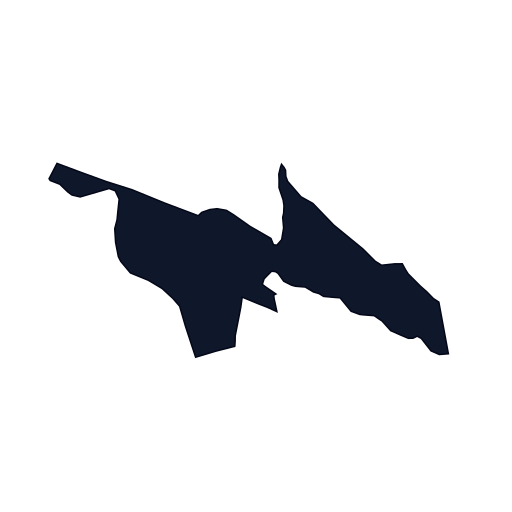 outline of Palmiste, Soufrière, Saint Lucia, rotated 52°
{"feature_id": "8701671B68903094038939", "entity_name": "Palmiste", "entity_type": "district", "adm_level": 2, "iso_a3": "LCA", "parent_name": "Saint Lucia", "parent_adm1": "Soufrière", "projection": "mercator", "projection_center": [-61.056, 13.859], "detail": "fine", "context": "isolated", "style": "filled", "palette": "ink", "viewbox_px": 512, "rotation_deg": 52, "n_neighbors": 0, "source": "geoboundaries", "source_scale": "gbopen_adm2", "svg_char_len": 1662}
<svg xmlns="http://www.w3.org/2000/svg" viewBox="0 0 512 512"><g transform="rotate(52 256 256)"><path d="M67.7,371.5L69.8,371.7L78.7,366.4L89.5,364.9L94.6,363.5L101.2,358.2L106.8,344.2L112.4,330.2L118.0,326.8L126.9,328.8L135.8,337.4L141.9,343.2L147.5,350.5L158.7,358.2L171.8,364.9L177.0,365.9L192.0,365.4L201.3,360.1L208.8,355.8L223.8,350.0L238.3,347.6L248.6,347.1L267.8,354.8L298.6,365.9L304.1,351.8L306.1,346.6L314.1,328.3L312.9,327.2L310.3,324.9L306.1,321.5L294.4,308.0L286.9,299.4L279.9,292.2L284.5,289.6L294.4,284.0L296.1,283.0L303.3,278.7L312.7,273.8L301.0,268.1L297.7,266.1L298.2,263.7L290.2,266.2L287.4,267.1L283.5,268.2L282.2,268.4L279.0,263.7L278.4,259.6L277.6,253.1L280.4,250.2L281.5,249.9L283.2,249.3L288.6,249.5L293.0,249.7L301.0,245.9L304.2,243.5L310.8,236.3L319.7,232.9L324.4,229.5L326.0,228.9L329.5,227.6L337.3,219.3L340.7,215.5L344.2,215.4L358.1,215.1L363.4,211.8L366.0,210.2L368.6,207.5L375.8,199.6L381.9,197.7L384.7,196.7L397.8,195.8L407.7,190.5L414.7,186.6L417.5,182.8L418.4,178.4L422.6,176.5L432.0,176.5L438.5,176.5L446.5,172.2L451.5,164.6L404.9,140.3L398.7,142.4L389.6,143.4L381.0,145.0L363.8,147.1L358.8,146.6L352.2,145.5L347.7,151.3L340.6,162.7L333.5,165.3L316.3,167.4L279.4,175.7L249.6,178.8L237.0,184.1L216.7,185.1L211.7,183.5L206.6,179.9L203.6,179.4L199.4,179.4L201.3,182.3L205.5,187.6L210.2,191.0L216.3,195.8L228.5,200.1L233.6,203.0L239.2,207.8L242.0,211.2L250.9,217.0L258.9,225.7L260.3,232.9L257.9,235.3L251.4,233.4L228.9,242.5L209.7,248.3L201.8,251.2L194.8,257.5L191.0,263.7L188.2,271.9L188.7,276.7L157.8,295.5L127.4,312.9L104.9,328.3L82.5,342.3L60.5,355.8L67.7,371.5Z" fill="#0f172a" stroke="#020617" stroke-width="1.5"/></g></svg>